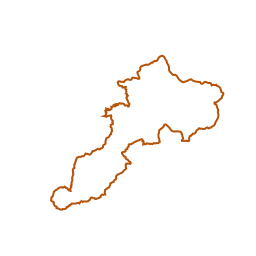 Rio Iró (Santa Rita), Chocó, Colombia (orthographic projection), rotated 334°
{"feature_id": "7082276B57881293772314", "entity_name": "Rio Iró (Santa Rita)", "entity_type": "district", "adm_level": 2, "iso_a3": "COL", "parent_name": "Colombia", "parent_adm1": "Chocó", "projection": "orthographic", "projection_center": [-76.486, 5.181], "detail": "fine", "context": "isolated", "style": "outline", "palette": "amber", "viewbox_px": 256, "rotation_deg": 334, "n_neighbors": 0, "source": "geoboundaries", "source_scale": "gbopen_adm2", "svg_char_len": 5941}
<svg xmlns="http://www.w3.org/2000/svg" viewBox="0 0 256 256"><g transform="rotate(334 128 128)"><path d="M30.0,169.7L31.5,171.6L32.9,172.5L33.8,172.2L34.5,172.7L36.7,173.2L37.3,173.1L38.2,172.1L39.6,172.5L40.0,172.5L40.5,172.0L41.3,172.3L41.9,171.6L43.0,171.8L44.2,171.2L47.2,172.7L48.5,173.1L50.0,173.3L50.7,173.7L51.2,174.5L53.1,173.4L54.0,173.3L54.3,173.6L54.8,174.6L55.4,174.5L56.6,174.8L58.7,176.1L60.2,176.2L61.4,176.1L62.0,175.6L62.5,175.6L63.9,174.5L64.4,174.4L65.3,174.8L66.4,176.1L67.3,176.5L67.3,177.3L68.1,177.8L73.0,178.2L73.3,177.4L74.3,176.8L75.5,176.5L76.3,176.9L76.9,177.5L77.9,177.4L78.4,177.7L78.9,175.4L79.8,174.5L80.1,173.7L81.7,173.3L82.4,173.4L83.0,173.1L85.3,173.0L85.8,172.3L86.9,171.5L87.8,170.0L88.8,170.2L90.6,169.8L91.5,170.1L92.3,169.3L93.5,168.7L94.4,168.8L95.4,168.0L95.7,166.9L96.3,166.1L97.0,165.7L98.2,165.4L103.5,165.5L105.9,164.2L107.7,164.1L108.2,163.9L108.7,163.5L108.8,162.1L109.4,161.2L109.8,160.0L110.7,159.3L113.0,160.2L114.3,161.2L114.8,161.1L115.2,160.5L115.1,159.4L114.1,157.8L113.9,156.3L112.8,155.2L112.6,154.5L112.6,154.0L113.2,153.0L113.0,152.6L112.1,152.1L111.8,150.9L111.4,148.5L111.8,147.4L112.7,147.4L115.4,148.0L116.1,147.2L116.3,146.4L117.2,146.4L118.1,146.6L119.1,145.2L120.5,145.0L121.1,143.6L121.8,143.1L123.9,144.0L124.4,143.7L125.8,143.9L126.9,143.5L128.0,143.7L129.4,143.5L130.9,143.5L132.5,144.0L133.4,143.8L135.2,144.0L135.7,144.4L135.9,145.0L135.9,145.6L135.2,146.3L136.1,147.1L136.1,147.3L135.5,147.9L134.5,149.5L135.9,149.6L136.7,150.4L138.1,150.0L139.9,151.5L141.0,151.7L141.3,152.4L142.7,152.8L143.0,153.2L144.7,152.9L145.4,153.7L147.2,154.1L148.7,154.9L149.8,154.4L150.6,154.3L150.6,153.2L151.3,151.6L151.3,150.0L151.8,148.6L152.5,147.1L153.7,145.9L155.2,143.6L156.8,143.4L157.2,143.1L158.3,143.1L160.4,142.4L160.9,142.2L161.5,141.3L162.5,141.1L163.1,141.1L163.9,142.0L165.4,146.1L165.9,149.4L166.1,149.8L167.9,151.4L170.8,152.6L173.0,153.9L173.6,154.6L174.0,155.7L173.6,156.8L173.8,157.8L173.3,158.9L173.1,161.3L172.1,162.2L171.1,162.6L170.9,163.3L175.1,165.2L176.4,166.3L177.0,166.3L177.7,165.8L178.8,163.4L180.3,162.4L181.2,162.6L182.0,162.0L182.9,162.2L183.9,161.5L185.1,162.1L186.0,162.2L188.5,160.3L189.5,160.0L191.5,159.8L191.9,159.5L192.6,160.4L193.6,160.6L195.1,161.9L197.1,162.5L198.2,162.1L199.5,162.2L200.2,163.7L203.0,163.9L204.4,163.5L206.6,163.3L208.1,162.5L208.9,161.4L213.0,158.6L214.3,157.2L215.3,155.3L215.6,153.3L217.0,151.2L217.1,148.8L217.6,146.6L217.6,145.9L216.9,145.1L216.9,144.3L216.4,144.0L216.8,143.2L217.3,143.0L218.1,143.6L218.6,143.7L221.5,143.2L223.3,142.5L225.1,142.3L225.8,141.8L225.9,141.4L226.4,140.6L227.9,140.0L228.4,139.5L228.9,138.4L227.8,136.7L228.4,132.6L228.1,131.1L227.4,130.0L226.7,129.5L226.2,128.5L226.2,127.8L224.7,127.5L223.5,126.4L221.9,126.4L222.0,124.0L221.1,123.2L219.8,122.7L217.8,120.4L216.9,120.2L215.2,120.7L214.0,120.8L213.3,120.3L213.0,119.2L213.0,118.4L208.6,115.5L207.1,113.8L206.0,111.9L205.5,111.6L201.1,111.6L197.7,111.0L196.9,110.3L195.1,106.7L194.6,102.2L193.7,100.8L191.7,100.1L190.2,95.1L190.3,94.0L191.6,91.1L191.8,89.2L191.6,86.5L192.0,85.3L191.6,80.1L191.0,78.5L190.1,78.0L188.3,77.8L187.1,78.0L186.2,78.4L185.0,79.4L183.5,80.2L182.2,80.0L181.3,79.4L180.8,79.6L179.7,79.5L178.7,80.1L177.4,79.5L175.5,80.0L173.6,80.0L172.1,79.0L168.0,78.4L166.5,78.4L165.3,79.4L164.7,80.8L163.6,81.6L160.9,81.9L160.4,83.7L160.4,87.0L159.9,88.5L159.0,88.5L157.4,86.9L156.0,86.1L154.5,84.8L153.7,84.8L152.3,86.0L150.7,85.6L149.7,84.4L148.9,84.0L146.4,84.0L144.3,84.9L143.8,84.3L142.4,83.7L141.4,82.9L141.1,82.4L140.1,82.0L139.4,82.0L138.7,82.4L138.6,84.4L138.3,84.9L138.8,86.3L139.7,86.7L140.3,87.6L141.0,87.8L141.1,88.3L140.8,89.1L141.1,89.5L142.8,89.8L143.0,90.5L143.8,90.1L144.0,90.2L142.7,91.9L143.3,92.8L142.7,93.5L142.6,94.4L141.7,95.8L141.2,96.1L141.9,97.0L142.0,97.4L141.4,98.3L141.9,99.0L141.2,99.3L140.7,99.3L140.6,99.7L140.0,99.9L139.7,100.7L139.8,101.3L139.5,102.1L139.8,103.3L139.4,105.5L139.7,106.1L139.9,107.1L138.8,107.9L138.2,108.9L137.6,108.8L137.1,107.3L136.2,106.8L135.1,106.5L134.9,105.8L135.1,105.1L134.0,103.6L133.3,103.2L132.4,103.2L131.9,102.8L131.6,102.1L129.8,102.0L129.5,102.6L128.9,102.0L128.7,102.3L128.3,101.8L127.9,102.1L127.5,101.6L127.3,102.7L126.7,102.6L126.4,102.2L126.2,102.8L125.9,102.9L125.4,102.5L125.4,101.4L125.0,101.1L124.5,101.8L123.8,102.1L123.2,102.1L122.3,101.6L122.1,102.3L121.8,102.8L121.6,103.6L119.3,104.0L118.1,103.3L118.9,102.8L118.9,102.3L117.7,101.8L117.0,101.0L116.7,102.1L116.1,102.2L116.6,103.0L115.9,103.0L115.6,103.3L115.1,103.1L115.1,103.9L114.8,104.1L114.7,104.5L114.7,104.9L115.1,105.0L114.9,105.4L113.2,106.9L111.6,106.8L112.7,107.6L113.5,108.5L114.8,108.4L117.5,108.9L118.3,109.2L118.2,110.1L117.0,111.6L117.0,113.5L117.5,114.9L116.4,115.9L116.6,116.9L116.2,117.8L114.0,117.5L113.8,118.2L112.9,119.0L112.8,119.6L113.3,121.1L112.8,121.8L112.8,122.7L112.4,123.1L112.3,123.9L110.8,124.7L110.2,126.0L108.8,126.2L108.5,126.6L107.0,127.6L105.7,127.8L104.6,127.6L103.8,127.9L101.8,130.3L100.9,132.3L100.4,132.5L99.0,132.5L97.9,132.9L97.1,134.3L96.2,134.7L95.1,134.5L93.2,134.9L92.7,134.6L92.5,133.9L91.8,133.5L87.9,133.8L86.1,133.2L83.9,134.8L81.9,135.2L80.8,134.3L80.3,133.4L79.3,133.1L78.7,132.4L76.3,133.7L75.5,133.8L75.0,133.7L74.2,133.1L72.7,133.2L71.4,132.4L70.1,132.4L69.5,132.2L68.8,132.5L67.7,133.7L67.0,134.0L66.5,135.1L65.5,135.6L64.9,136.8L63.7,137.3L62.3,140.5L61.2,140.4L60.0,141.6L59.0,144.0L58.7,145.4L56.7,147.4L55.7,148.7L55.4,150.1L53.0,152.8L52.5,154.4L51.6,154.6L51.1,155.1L51.3,156.2L49.2,157.5L48.9,159.4L48.6,159.3L48.0,158.4L47.4,158.0L47.1,156.3L47.1,155.5L46.7,155.3L46.3,154.5L45.8,154.4L45.3,152.9L43.5,153.2L42.9,152.4L40.4,151.5L38.5,151.7L37.3,152.3L36.2,152.1L35.2,152.4L33.7,152.6L30.8,156.0L30.0,156.6L28.7,156.8L28.0,158.2L27.1,159.3L27.4,160.3L28.5,161.7L28.7,162.4L28.7,162.8L28.0,163.3L27.9,164.9L28.1,166.2L29.4,167.4L29.3,167.8L28.8,168.3L28.6,168.8L30.0,169.7Z" fill="none" stroke="#b45309" stroke-width="2"/></g></svg>